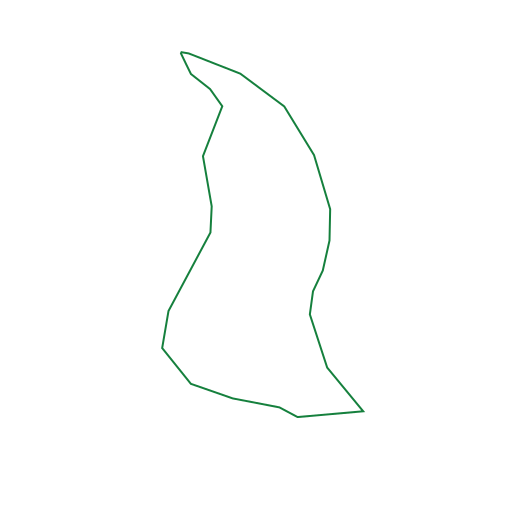 the border of Bukwa, rotated 124°
{"feature_id": "UGA-3113", "entity_name": "Bukwa", "entity_type": "County", "adm_level": 1, "iso_a3": "UGA", "parent_name": "Uganda", "parent_adm1": "", "projection": "orthographic", "projection_center": [34.655, 1.256], "detail": "fine", "context": "isolated", "style": "outline", "palette": "green", "viewbox_px": 512, "rotation_deg": 124, "n_neighbors": 0, "source": "natural_earth", "source_scale": "10m", "svg_char_len": 501}
<svg xmlns="http://www.w3.org/2000/svg" viewBox="0 0 512 512"><g transform="rotate(124 256 256)"><path d="M136.1,421.1L130.0,431.5L128.7,431.7L125.7,425.1L113.6,370.9L116.2,316.2L139.9,264.3L175.7,220.7L202.1,203.7L230.7,192.5L253.4,189.0L274.3,178.7L308.7,134.6L324.8,80.3L365.8,130.9L366.3,131.6L368.4,151.9L387.1,195.7L398.4,238.5L384.8,282.3L350.5,297.8L262.0,306.9L239.6,320.5L202.9,355.8L150.7,367.7L143.3,387.4L141.5,411.7L136.1,421.1Z" fill="none" stroke="#15803d" stroke-width="2"/></g></svg>